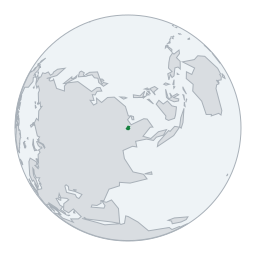 Son La on an orthographic globe, rotated 273°
{"feature_id": "VNM-455", "entity_name": "Son La", "entity_type": "Province", "adm_level": 1, "iso_a3": "VNM", "parent_name": "Vietnam", "parent_adm1": "", "projection": "orthographic", "projection_center": [104.029, 21.308], "detail": "medium", "context": "on_globe", "style": "filled", "palette": "green", "viewbox_px": 256, "rotation_deg": 273, "n_neighbors": 0, "source": "natural_earth", "source_scale": "10m", "svg_char_len": 10996}
<svg xmlns="http://www.w3.org/2000/svg" viewBox="0 0 256 256"><g transform="rotate(273 128 128)"><circle cx="128" cy="128" r="113" fill="#eef3f6" stroke="#a8b0b8"/><path d="M233.0,166.6L232.8,167.3L233.0,166.6ZM180.5,28.3L178.5,27.5L179.9,29.9L184.0,32.7L180.2,30.8L190.5,38.0L193.5,42.2L187.8,36.3L185.4,34.8L186.4,36.9L184.2,35.9L183.5,36.4L180.8,35.2L177.6,32.2L175.8,31.5L176.6,33.0L174.4,33.0L173.5,30.8L169.5,30.7L163.5,26.4L163.3,22.8L157.7,20.7L151.5,17.9L149.8,17.7L146.4,16.9L143.2,16.4L150.8,17.7L158.5,19.6L166.0,22.0L173.4,24.9L180.5,28.3ZM142.8,16.3L140.6,16.1L141.4,16.3L140.7,16.3L138.8,16.1L138.2,15.9L139.1,16.0L137.9,15.8L138.4,15.8L137.1,15.8L136.9,15.7L142.8,16.3ZM135.7,15.6L134.4,15.6L131.7,15.4L131.8,15.4L135.7,15.6ZM231.9,84.5L231.8,84.4L231.9,84.5ZM232.0,84.7L231.8,84.3L231.9,84.5L232.0,84.7ZM231.9,84.6L231.6,84.0L231.9,84.6ZM187.4,35.2L186.6,34.2L188.1,35.6L187.4,35.2ZM183.8,36.7L184.7,37.4L183.9,37.5L183.8,36.7ZM179.1,35.7L177.5,35.7L178.6,35.1L179.1,35.7ZM176.2,35.3L172.5,35.7L174.2,37.1L167.2,33.6L172.7,34.3L173.7,33.3L174.5,34.5L176.2,35.3ZM142.5,16.4L141.5,16.2L144.0,16.6L142.5,16.4ZM144.3,16.7L153.0,18.4L153.5,18.9L150.5,18.1L152.5,19.0L148.4,18.4L146.4,17.7L146.9,17.5L145.0,17.5L144.3,16.7ZM164.0,31.8L162.6,31.6L163.4,31.3L164.0,31.8ZM140.6,16.3L142.3,16.6L142.8,16.9L139.5,16.6L140.4,16.6L140.6,16.3ZM155.0,19.7L154.8,20.1L151.5,19.6L151.0,19.7L148.4,18.4L155.0,19.7ZM139.3,16.4L137.8,16.4L135.9,16.2L138.9,16.2L139.3,16.4ZM144.4,17.2L144.5,17.4L143.4,17.2L144.4,17.2ZM128.2,15.7L130.2,15.7L130.7,15.8L128.2,15.7ZM137.3,16.5L138.0,16.6L138.4,16.7L137.0,16.7L137.3,16.5ZM146.2,18.3L144.9,18.1L147.1,18.7L144.7,18.6L143.4,17.8L143.0,18.1L142.2,18.0L142.0,17.5L146.2,18.3ZM136.9,17.2L134.4,16.4L130.5,16.2L130.0,16.0L136.3,16.4L136.9,17.2ZM139.9,17.4L137.9,17.2L138.3,16.9L139.9,16.9L139.9,17.4ZM143.6,18.8L147.6,19.2L147.7,19.4L143.6,18.8ZM135.7,17.1L136.3,17.3L135.4,17.1L135.7,17.1ZM141.1,18.3L142.5,18.4L142.6,18.6L141.1,18.3ZM136.4,17.7L135.6,17.5L136.6,17.4L136.4,17.7ZM138.5,18.0L138.3,18.3L137.5,17.5L139.1,18.0L138.5,18.0ZM141.0,18.5L141.5,18.6L140.3,18.4L141.0,18.5ZM132.8,18.3L131.6,17.4L133.9,17.2L134.8,18.1L132.8,18.3ZM39.5,58.3L38.7,61.8L38.0,63.3L34.6,67.5L31.1,78.2L34.2,75.6L34.6,83.2L37.1,85.9L44.3,77.7L40.2,73.1L43.0,67.9L49.1,67.9L53.2,72.6L54.5,70.8L54.8,64.6L58.8,62.7L55.3,62.3L54.5,64.6L52.3,64.6L52.9,62.5L54.2,61.8L53.9,59.9L47.4,64.1L45.9,66.9L43.0,64.9L40.2,69.5L38.3,70.6L42.4,63.1L44.3,61.1L49.4,52.4L47.1,54.2L42.2,62.7L42.4,61.5L39.3,64.6L41.8,61.2L47.8,52.0L47.2,50.7L41.2,56.2L41.4,56.0L51.8,45.1L49.9,47.3L52.5,45.0L57.5,40.6L56.3,41.9L58.1,40.6L57.6,41.7L61.2,40.1L61.4,41.1L67.1,37.8L68.0,38.0L64.3,39.8L61.9,41.8L62.8,45.0L64.2,44.8L67.9,42.5L67.6,43.9L71.1,41.3L73.7,42.4L73.4,39.0L77.6,36.8L81.5,36.2L82.9,35.0L76.5,36.0L74.1,37.0L72.0,38.7L65.2,41.6L64.0,41.2L70.9,36.3L69.9,35.3L75.7,32.3L89.3,30.8L92.8,31.9L89.5,38.2L86.3,39.0L85.8,37.0L82.3,40.8L84.5,39.5L84.3,40.9L88.3,39.5L88.4,40.4L92.2,37.7L92.7,38.6L90.3,40.3L96.7,39.6L99.0,41.4L100.4,40.8L101.3,39.7L103.6,43.1L104.5,42.5L104.2,41.2L105.8,39.3L109.6,37.5L110.2,38.8L108.9,39.6L107.0,43.4L103.5,45.7L104.2,46.1L107.3,44.4L109.6,39.7L111.7,38.3L111.1,40.4L111.5,39.5L112.7,39.2L114.5,40.2L115.3,37.9L128.1,34.2L132.8,36.1L130.9,38.1L140.4,38.0L145.0,40.9L144.6,39.5L148.9,39.0L147.6,38.1L147.7,37.4L158.2,36.6L161.1,37.6L165.3,36.4L165.1,35.8L163.1,34.9L167.2,33.6L174.2,37.1L174.3,38.2L178.6,39.9L178.1,42.4L179.8,45.5L176.7,47.7L178.3,50.2L179.8,50.6L183.0,54.6L184.4,62.0L176.6,54.1L173.2,44.2L174.0,47.9L171.8,46.6L170.8,47.7L171.6,50.5L172.9,51.1L163.8,54.6L161.6,62.6L166.6,62.3L169.8,65.0L171.7,75.5L162.5,89.7L166.7,94.8L167.0,98.0L163.5,99.9L163.0,95.2L159.3,93.4L159.5,90.6L153.7,92.6L153.7,88.7L149.1,92.4L151.0,95.6L156.1,95.0L152.1,100.3L157.4,106.0L158.1,112.7L149.3,124.3L140.3,127.6L139.8,129.7L136.2,127.1L131.4,131.0L138.1,143.3L137.9,146.7L130.2,152.8L130.0,150.2L120.5,143.4L118.7,151.4L125.9,158.6L128.4,166.6L122.8,163.8L120.3,156.8L116.9,154.1L117.9,147.1L115.1,136.3L109.5,137.8L110.0,133.5L105.3,124.2L97.3,126.0L84.4,135.3L82.6,145.9L78.2,149.7L73.1,133.0L73.3,122.3L69.8,122.5L65.9,112.2L54.2,107.7L54.1,104.7L51.5,105.1L49.0,101.0L49.3,96.1L47.1,95.4L46.7,108.2L49.2,109.1L53.4,106.0L52.7,110.3L55.3,115.3L47.1,122.7L32.3,124.7L33.3,116.5L35.0,91.3L36.3,89.3L36.4,89.0L36.6,88.5L34.2,91.6L35.3,87.0L31.7,103.4L30.1,109.9L32.0,125.0L31.3,125.9L32.6,129.5L40.1,130.3L39.6,132.8L34.6,142.9L26.4,153.9L28.9,165.5L30.8,174.4L28.9,177.2L32.3,184.5L31.8,185.3L33.9,189.1L35.3,191.9L35.8,192.6L31.4,185.9L27.5,178.9L24.2,171.7L21.3,164.2L19.0,156.5L17.3,148.7L16.1,140.8L15.5,132.8L15.4,124.8L15.9,116.8L17.0,108.9L18.6,101.1L20.8,93.4L23.5,85.9L26.8,78.6L30.6,71.5L34.8,64.7L39.5,58.3ZM55.0,82.7L59.2,85.5L61.7,78.8L63.5,79.4L63.7,77.0L61.9,78.3L63.0,72.1L66.4,71.6L68.1,69.1L66.8,68.0L60.5,70.0L58.8,78.7L56.0,80.4L55.0,82.7ZM68.1,33.3L66.5,34.5L64.6,35.6L64.4,35.2L67.2,33.5L68.1,33.3ZM64.7,36.1L71.6,31.8L71.9,32.2L70.6,32.6L70.1,33.3L67.8,34.3L61.4,39.2L59.2,40.5L60.1,38.5L61.0,38.3L62.5,37.0L64.7,36.1ZM88.5,23.0L91.5,21.9L88.5,24.0L86.0,24.8L85.7,24.2L88.4,23.0L88.5,23.0ZM127.2,15.4L130.0,15.4L136.3,15.7L136.5,16.0L134.9,16.0L133.4,16.0L133.8,15.8L131.5,15.9L130.9,15.6L129.1,15.6L121.7,15.5L122.9,15.5L122.2,15.5L127.2,15.4ZM111.6,16.6L113.8,16.3L114.4,16.4L112.4,16.7L115.8,16.3L115.8,16.5L119.6,16.6L124.5,16.4L126.0,16.6L124.1,16.8L126.9,16.9L124.3,17.4L125.3,17.7L123.8,18.6L119.5,19.1L120.9,19.3L119.8,20.3L116.3,20.9L117.4,20.0L112.7,21.5L112.1,20.7L111.6,20.9L109.7,20.6L106.6,20.8L106.8,20.4L105.5,20.7L104.3,20.6L102.5,20.9L102.4,20.3L100.2,20.7L101.4,20.2L97.7,21.1L100.4,20.2L99.0,20.3L97.2,21.1L100.4,18.8L100.2,18.9L111.6,16.6ZM132.3,18.6L127.3,19.0L124.5,18.8L128.3,17.3L127.8,17.0L130.2,16.4L134.2,16.7L133.1,16.8L133.0,17.0L131.8,16.8L132.7,17.1L131.3,17.4L131.6,17.8L129.9,17.8L132.3,18.6ZM39.4,62.4L39.3,63.2L39.5,63.9L37.6,66.0L39.4,62.4ZM43.4,56.1L43.6,56.3L40.9,59.3L41.1,58.6L43.4,56.1ZM45.9,54.0L43.8,56.1L45.0,54.5L45.9,54.0ZM64.7,40.0L65.2,40.2L64.4,40.9L63.1,41.5L64.7,40.0ZM102.3,26.3L103.4,25.6L104.1,25.6L107.8,24.3L108.6,25.0L106.6,26.0L102.3,26.3ZM42.3,78.5L40.3,79.4L40.5,78.1L41.1,78.0L42.3,78.5ZM37.8,72.3L37.8,74.8L37.3,72.9L37.8,72.3ZM103.8,26.9L105.2,26.2L104.7,27.0L103.8,26.9ZM109.3,25.5L109.1,26.3L109.1,25.0L109.3,25.5ZM85.2,228.9L87.5,230.1L86.0,229.7L85.2,228.9ZM40.6,179.0L42.4,192.5L39.6,190.9L36.9,185.9L34.7,177.2L37.3,176.4L37.9,172.9L40.6,179.0ZM156.6,184.4L160.0,184.8L159.8,185.2L156.6,184.4ZM153.2,182.9L157.0,182.9L152.5,183.9L153.2,182.9ZM158.5,183.0L162.4,181.9L164.1,181.1L163.8,182.1L158.5,183.0ZM150.6,182.9L136.3,182.6L130.6,181.1L132.0,179.5L141.1,180.2L150.6,182.9ZM131.5,179.4L122.8,174.0L111.0,158.3L115.2,158.9L127.6,168.7L126.8,170.2L132.1,174.5L131.5,179.4ZM152.4,170.7L151.6,175.3L143.7,174.8L140.1,174.0L137.7,168.0L139.1,165.0L142.0,165.2L153.3,154.9L157.3,157.4L153.8,161.9L157.1,165.9L152.4,170.7ZM83.1,147.0L85.4,153.8L83.0,154.4L83.1,147.0ZM157.9,147.5L153.3,152.2L157.5,146.0L157.9,147.5ZM160.3,141.7L160.6,144.0L158.7,141.8L160.3,141.7ZM139.7,132.9L136.6,133.4L136.5,131.7L140.4,130.2L139.7,132.9ZM158.6,118.5L158.6,123.4L158.0,125.1L156.6,122.1L158.6,118.5ZM112.3,34.0L106.3,34.7L102.4,36.2L101.0,38.2L100.4,35.9L106.3,33.6L112.3,34.0ZM126.1,33.9L127.3,32.4L128.5,33.1L128.4,33.5L126.1,33.9ZM125.6,33.0L123.8,31.2L125.6,30.4L126.7,32.0L125.6,33.0ZM113.6,28.5L111.7,28.6L112.2,27.9L113.6,28.5ZM199.7,214.9L197.2,216.8L206.9,208.3L207.0,208.3L199.7,214.9ZM182.6,222.3L183.7,220.0L187.4,218.8L184.9,221.4L182.6,222.3ZM208.6,206.7L209.6,205.7L212.5,202.5L214.7,199.5L213.0,201.9L213.4,201.5L208.6,206.7ZM172.0,213.8L150.3,220.8L145.8,220.2L147.4,217.8L144.4,210.5L145.9,210.6L145.6,205.4L158.7,200.2L168.3,190.7L175.0,190.8L180.4,183.6L187.2,183.4L184.8,188.9L191.4,191.4L196.9,178.9L199.8,190.7L203.8,193.9L203.6,200.9L192.3,214.4L186.9,217.6L186.3,216.8L183.9,218.4L180.9,218.5L180.2,215.2L177.8,216.7L180.6,213.6L176.9,216.5L175.8,214.3L172.0,213.8ZM219.6,183.3L220.3,183.3L221.0,184.7L219.9,184.9L219.6,183.3ZM231.1,170.4L231.2,171.1L230.5,171.9L231.1,170.4ZM232.8,167.4L232.0,168.5L233.0,166.6L232.8,167.4ZM224.7,174.5L224.9,175.1L224.6,175.5L224.7,174.5ZM224.4,174.4L225.0,173.0L224.8,174.2L224.4,174.4ZM221.5,169.2L222.0,168.4L222.2,168.8L221.5,169.2ZM164.9,184.6L169.6,181.0L172.1,180.5L164.9,184.6ZM220.9,168.1L219.6,168.4L219.8,167.6L220.9,168.1ZM221.1,166.4L221.0,165.5L221.6,167.5L221.1,166.4ZM218.8,165.0L220.2,166.3L218.6,165.3L218.8,165.0ZM217.8,165.6L216.7,165.1L216.8,164.8L217.8,165.6ZM204.2,170.0L208.5,174.9L204.9,175.5L200.8,172.7L197.3,176.6L189.6,177.1L191.5,174.8L190.5,171.7L182.4,171.2L180.7,169.3L183.7,167.6L178.2,166.3L184.2,164.9L186.6,169.0L190.0,165.3L195.7,165.4L201.1,166.1L205.3,168.6L204.2,170.0ZM184.1,174.4L185.2,174.3L184.2,175.7L184.1,174.4ZM214.5,163.3L216.2,165.0L216.0,165.6L215.1,165.5L214.5,163.3ZM206.3,167.7L210.8,163.2L211.9,163.0L208.8,167.7L206.3,167.7ZM209.8,161.1L211.9,161.2L212.9,162.9L212.5,163.6L209.8,161.1ZM171.9,171.4L171.6,172.6L170.1,171.7L171.9,171.4ZM173.9,170.5L178.7,171.5L173.5,171.6L173.9,170.5ZM159.3,166.9L160.7,169.7L165.2,167.8L161.8,170.5L164.8,175.1L163.8,176.9L160.8,171.9L159.7,177.2L157.7,177.1L156.6,172.7L158.7,167.1L160.7,164.8L168.7,163.5L159.3,166.9ZM173.9,167.0L172.7,163.7L173.6,161.4L175.0,163.1L173.9,167.0ZM168.8,155.7L165.4,151.9L162.3,153.5L168.5,147.8L170.8,152.4L168.8,155.7ZM165.8,147.1L163.0,148.6L165.9,145.3L165.8,147.1ZM162.2,147.3L161.8,144.5L164.1,144.8L162.2,147.3ZM167.3,147.2L167.8,142.5L169.0,145.2L167.3,147.2ZM160.7,138.3L165.7,142.8L159.2,140.9L158.7,131.9L161.4,131.6L160.7,138.3ZM173.9,101.4L173.1,98.9L175.5,98.2L175.4,100.1L173.9,101.4ZM182.4,94.6L175.8,97.3L170.4,99.8L172.2,100.9L171.3,105.3L168.4,101.3L171.9,96.4L176.1,95.4L176.4,91.8L179.3,89.3L178.1,85.0L179.3,83.1L181.6,86.8L182.4,94.6ZM177.4,83.2L176.5,75.7L181.1,76.6L182.4,78.4L180.9,81.4L178.5,80.7L177.4,83.2ZM177.6,74.2L175.3,73.6L169.1,63.2L169.0,61.3L176.1,69.2L174.4,69.1L175.1,71.7L177.6,74.2ZM163.2,32.2L162.6,31.6L163.9,32.1L163.2,32.2ZM146.9,36.9L147.3,36.2L148.7,36.6L146.9,36.9ZM149.2,34.4L147.3,34.3L149.1,33.8L149.2,34.4ZM143.1,34.5L146.4,34.1L143.6,35.3L143.1,34.5Z" fill="#d9dde1" stroke="#a8b0b8" stroke-width="1"/><path d="M128.4,128.8L128.3,128.7L128.2,128.7L128.0,128.8L127.9,128.8L127.7,128.9L127.5,129.0L127.4,129.2L127.4,129.3L127.2,129.2L126.9,129.0L126.7,129.0L126.6,128.9L126.6,128.7L126.6,128.4L126.7,128.5L126.8,128.5L126.9,128.4L126.9,128.2L126.8,127.9L126.9,127.7L127.0,127.6L127.1,127.4L127.1,127.1L127.1,126.9L127.1,126.7L127.3,126.6L127.4,126.8L127.6,127.2L127.8,127.2L128.0,127.3L128.3,127.3L128.5,127.2L128.6,127.3L128.5,127.5L128.6,127.8L128.8,127.9L129.0,127.8L129.3,127.8L129.4,128.0L129.5,128.0L129.5,128.3L129.6,128.5L129.8,128.9L129.9,129.0L130.0,129.0L129.9,129.0L129.7,129.1L129.5,129.3L129.4,129.4L129.2,129.3L128.9,129.2L128.7,129.1L128.5,128.8L128.4,128.8L128.4,128.8Z" fill="#22c55e" stroke="#15803d" stroke-width="1.5"/></g></svg>